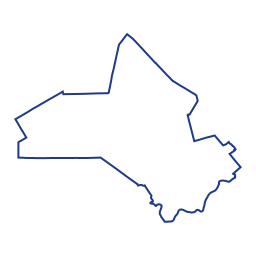 outline of Foeni, Timis, Romania
{"feature_id": "2599482B56844423144211", "entity_name": "Foeni", "entity_type": "district", "adm_level": 2, "iso_a3": "ROU", "parent_name": "Romania", "parent_adm1": "Timis", "projection": "albers", "projection_center": [20.878, 45.496], "detail": "fine", "context": "isolated", "style": "outline", "palette": "blue", "viewbox_px": 256, "rotation_deg": 0, "n_neighbors": 0, "source": "geoboundaries", "source_scale": "gbopen_adm2", "svg_char_len": 5185}
<svg xmlns="http://www.w3.org/2000/svg" viewBox="0 0 256 256"><path d="M219.6,181.3L220.2,180.9L221.4,180.7L222.0,180.6L222.7,180.5L224.4,180.7L225.5,180.9L226.3,181.1L226.7,181.3L227.3,181.4L227.7,181.5L228.4,181.7L228.8,181.8L229.1,181.7L229.3,181.6L229.7,181.4L229.8,181.4L230.2,181.1L230.9,180.5L231.4,179.9L231.9,179.6L232.5,179.1L232.9,178.9L233.6,178.4L234.2,178.1L234.5,177.9L234.8,177.7L235.1,177.6L235.1,177.3L235.1,177.0L235.0,176.7L235.1,176.4L235.0,176.2L235.1,175.8L235.1,175.4L235.1,175.0L235.0,174.8L234.6,174.1L234.3,173.6L232.6,174.5L233.3,174.0L233.1,173.8L237.4,170.0L240.6,167.2L233.9,159.3L233.8,159.1L230.5,155.0L229.6,153.9L234.7,150.5L234.3,149.9L235.5,149.1L233.5,146.4L232.9,146.2L232.5,146.0L232.4,145.8L232.3,145.4L232.0,145.2L231.8,144.9L231.7,144.8L231.5,144.6L231.4,144.4L231.0,144.2L230.7,144.0L230.3,143.9L230.0,143.7L229.7,143.5L229.4,143.1L228.8,142.0L225.8,144.4L223.1,145.4L217.2,138.5L214.7,135.5L206.5,137.6L200.5,139.4L195.9,140.7L194.3,141.2L193.9,139.7L191.9,131.9L190.0,124.5L188.9,120.3L188.2,117.3L187.6,115.2L187.8,114.9L187.9,114.7L188.2,114.5L188.8,114.6L189.5,114.7L195.8,104.1L197.7,101.0L197.1,98.4L196.5,95.7L196.2,95.3L195.9,95.0L195.3,94.6L193.7,93.6L189.8,91.3L185.3,88.5L184.8,88.2L180.0,85.4L177.6,83.9L174.8,82.1L172.9,81.0L173.0,80.9L172.0,80.2L170.5,78.6L168.4,76.4L167.3,75.4L164.7,72.6L162.1,69.9L161.9,69.7L161.8,69.4L161.0,68.7L159.2,66.8L156.3,63.7L155.5,62.7L155.1,62.8L155.0,62.7L154.5,62.1L152.8,60.2L149.4,56.5L146.3,53.2L141.2,47.6L137.6,43.8L135.5,41.5L134.6,40.6L133.9,39.9L132.9,38.8L131.1,37.4L129.7,36.3L128.1,35.0L127.1,34.2L126.7,34.7L125.2,36.6L123.7,38.6L121.4,41.6L120.2,43.1L119.8,43.6L119.5,43.9L119.2,44.4L118.9,45.0L118.7,46.0L118.2,48.0L117.4,51.9L116.6,55.2L115.9,58.6L114.8,63.6L113.9,67.8L113.1,71.2L112.5,73.3L111.8,76.6L111.1,80.9L110.0,86.5L108.7,92.7L108.6,92.9L108.2,93.2L102.8,93.3L96.0,93.4L90.9,93.6L84.3,93.8L79.6,93.9L74.3,94.0L68.4,94.1L63.4,94.2L62.8,92.0L62.6,91.8L62.6,91.7L59.9,93.3L56.4,95.3L52.9,97.3L51.3,98.2L48.3,99.9L45.3,101.7L41.9,103.6L38.7,105.5L34.7,107.8L34.4,107.9L31.4,109.7L28.4,111.6L25.2,113.5L22.0,115.4L18.7,117.3L15.8,119.0L15.4,119.1L15.4,119.3L17.1,122.0L18.7,124.8L20.3,127.6L22.0,130.4L23.6,133.0L26.2,137.4L26.3,137.6L26.1,137.7L24.0,139.0L21.4,140.5L18.5,142.1L18.4,142.3L18.4,146.2L18.4,149.9L18.4,150.1L18.4,153.6L18.4,157.6L22.1,157.7L25.2,157.9L28.3,158.0L32.5,158.0L35.5,158.1L40.0,158.1L43.1,158.1L46.9,158.1L50.8,158.0L54.8,158.0L58.6,158.0L61.9,158.0L65.2,158.0L68.8,158.0L71.3,158.0L72.2,158.0L75.6,157.9L79.1,158.0L82.5,158.0L86.3,158.0L90.7,157.9L93.6,157.8L97.4,157.7L100.6,157.6L103.8,159.9L106.7,161.9L110.5,164.7L113.2,166.6L116.4,168.9L118.4,170.4L118.8,170.7L121.9,173.0L122.6,173.5L125.3,175.5L128.2,177.6L131.4,179.9L134.6,182.2L136.2,183.3L137.4,184.4L137.6,184.3L138.1,185.6L138.5,185.5L140.3,184.9L141.8,185.1L143.7,185.8L144.3,185.8L144.7,185.5L144.8,185.7L146.2,187.9L147.1,189.1L148.2,190.9L149.1,192.2L150.6,194.5L151.0,195.0L151.4,195.6L151.5,195.8L151.0,197.4L151.1,198.1L151.5,198.8L152.0,199.4L152.8,200.4L152.8,200.6L152.9,201.1L152.8,201.4L152.8,201.6L152.6,201.7L152.3,201.8L151.8,201.8L151.5,201.9L151.2,202.1L151.0,202.3L150.9,202.4L150.4,203.0L150.4,203.3L150.6,203.4L151.5,203.6L152.7,203.7L153.8,204.1L154.3,204.4L154.9,205.1L155.8,206.0L156.0,206.0L157.1,204.7L158.3,204.4L159.0,204.3L159.5,204.3L160.3,204.6L160.9,204.9L161.5,205.6L161.5,206.9L161.2,208.0L160.8,209.2L160.4,210.1L160.1,211.0L159.8,211.9L159.8,213.0L159.8,214.0L160.8,215.8L161.4,217.1L161.7,217.5L163.0,219.4L163.1,219.5L163.6,220.0L164.1,220.7L164.4,221.4L164.5,221.6L165.8,221.7L166.5,221.8L167.2,221.7L168.4,221.6L169.2,221.5L170.1,221.5L170.8,221.5L171.5,221.4L172.2,221.2L172.8,220.8L173.2,220.5L173.3,220.3L173.7,219.8L174.0,219.3L174.1,218.9L174.4,218.1L174.5,217.8L174.7,217.4L175.1,216.7L175.5,216.0L176.0,215.4L176.3,215.1L176.9,214.4L177.3,213.9L177.7,213.3L177.9,212.7L178.1,212.1L178.2,211.8L178.4,211.2L178.7,210.7L179.1,210.2L179.3,210.0L179.8,209.7L180.4,209.5L181.1,209.5L181.8,209.5L182.5,209.7L183.1,209.9L183.6,210.1L185.0,210.8L185.9,211.3L187.1,211.7L187.7,211.9L188.7,212.0L189.2,212.1L189.6,212.1L190.2,212.3L190.7,212.4L191.5,212.5L192.2,212.5L192.9,212.3L193.7,212.2L194.2,212.1L194.8,211.8L195.1,211.7L195.6,211.2L195.9,210.9L196.0,210.6L196.4,210.2L196.7,210.0L197.1,209.9L197.5,209.8L197.9,209.9L198.7,210.1L199.0,210.3L199.4,210.6L199.9,211.0L200.5,211.4L200.7,211.5L201.2,211.5L201.5,211.5L201.8,211.4L202.0,211.3L202.2,211.2L202.6,210.9L202.8,210.6L203.1,210.2L203.3,209.7L203.3,209.3L203.4,209.0L203.5,208.4L203.7,207.7L203.7,207.4L203.9,206.9L204.1,206.2L204.4,205.3L204.5,205.1L204.5,204.5L204.7,203.6L204.8,202.7L205.1,201.6L205.3,201.0L205.6,200.3L206.0,199.4L206.2,199.2L206.9,198.0L207.5,197.0L208.0,195.9L208.3,195.4L208.5,195.0L209.2,194.2L209.7,193.6L210.4,192.9L211.3,192.4L212.4,191.9L213.4,191.4L214.3,191.0L215.0,190.6L215.4,190.4L215.7,190.0L216.7,188.8L217.1,188.1L217.6,187.3L217.9,186.7L218.0,186.4L218.2,185.9L218.6,184.9L219.0,184.0L219.0,183.5L219.0,183.2L219.0,182.9L219.0,182.5L219.0,182.2L219.2,181.9L219.3,181.7L219.6,181.4L219.6,181.3Z" fill="none" stroke="#1e3a8a" stroke-width="2"/></svg>